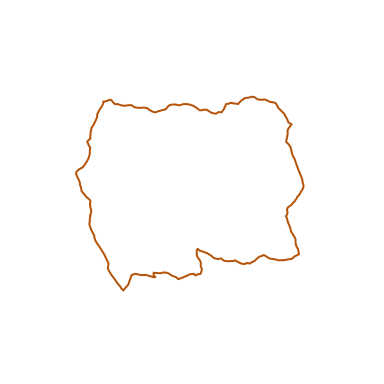 Toepisa, Thimphu, Bhutan, rotated 123°
{"feature_id": "84629894B31491158844122", "entity_name": "Toepisa", "entity_type": "district", "adm_level": 2, "iso_a3": "BTN", "parent_name": "Bhutan", "parent_adm1": "Thimphu", "projection": "equal_earth", "projection_center": [89.777, 27.525], "detail": "fine", "context": "isolated", "style": "outline", "palette": "amber", "viewbox_px": 384, "rotation_deg": 123, "n_neighbors": 0, "source": "geoboundaries", "source_scale": "gbopen_adm2", "svg_char_len": 4136}
<svg xmlns="http://www.w3.org/2000/svg" viewBox="0 0 384 384"><g transform="rotate(123 192 192)"><path d="M284.2,177.3L283.3,176.7L282.5,179.1L280.6,180.1L277.4,174.3L275.1,172.2L273.6,169.7L273.0,166.7L273.1,163.7L272.1,158.8L272.6,156.2L272.0,155.6L268.5,153.0L265.3,150.9L261.9,148.8L260.9,147.4L259.6,145.8L260.1,144.0L259.4,143.2L257.8,142.3L256.5,140.6L255.5,140.3L254.6,140.5L251.3,141.6L249.5,144.3L247.4,145.5L246.1,146.6L245.2,147.9L244.6,149.1L244.2,150.4L243.8,151.4L243.3,152.3L242.3,153.6L240.5,154.9L239.3,155.6L238.4,156.2L237.7,156.5L236.6,156.2L236.9,153.9L236.9,153.2L236.3,151.3L235.9,149.8L235.7,148.9L235.6,147.5L235.1,146.5L235.0,143.9L235.0,142.7L235.0,141.0L235.1,140.0L235.3,139.2L235.4,138.1L235.3,137.0L234.9,135.8L233.9,133.3L232.2,132.0L231.8,131.1L232.2,128.9L232.0,127.4L230.9,124.7L229.8,123.3L228.9,121.9L228.3,121.2L227.3,119.5L226.1,119.0L225.8,118.3L225.6,114.8L225.4,113.9L225.4,112.9L224.8,110.7L224.3,109.4L223.6,108.8L223.2,108.5L222.8,107.8L221.9,107.6L221.6,107.0L220.8,105.5L220.6,104.7L220.1,104.2L219.3,104.2L218.8,103.9L218.0,103.2L217.3,102.9L214.9,101.7L212.7,101.3L210.9,100.7L209.3,100.1L207.2,98.2L206.3,98.1L205.8,97.3L205.6,96.1L205.6,94.6L205.6,91.7L205.3,90.0L203.9,87.2L203.5,86.5L202.6,83.6L202.2,82.4L201.6,81.5L199.2,77.9L196.0,74.5L195.4,73.9L193.6,71.9L190.3,70.9L187.7,69.4L186.1,68.4L184.5,69.6L182.0,72.3L181.0,74.3L180.6,75.0L178.1,77.6L175.4,79.3L174.0,81.3L173.7,81.9L171.6,86.5L171.2,87.3L168.1,90.7L165.1,95.1L162.6,97.8L162.0,98.5L161.2,100.0L158.7,100.1L157.7,100.6L156.9,100.9L155.8,102.1L154.5,103.0L153.6,103.1L152.7,103.2L149.6,102.0L147.4,101.4L146.4,101.4L145.4,101.4L144.6,100.9L143.6,100.8L142.9,100.9L141.9,100.9L141.1,100.7L138.7,101.1L136.7,100.6L134.5,100.6L131.5,100.8L129.1,100.7L126.8,101.4L125.3,102.5L123.7,104.5L121.6,106.1L119.5,109.0L117.2,112.2L115.3,115.1L113.8,117.0L111.5,120.1L108.2,124.2L107.3,126.4L105.0,129.4L101.9,132.5L100.5,134.1L99.3,137.0L98.9,140.1L97.1,141.1L94.7,141.9L91.2,143.4L88.3,145.4L86.3,145.7L81.1,145.4L81.1,149.1L79.2,151.7L77.8,154.3L76.0,157.8L75.4,160.9L74.4,165.7L73.0,167.9L72.1,169.8L72.2,171.9L73.2,174.1L74.0,175.4L74.2,178.3L74.7,181.3L75.9,182.8L76.9,184.1L77.8,185.9L78.5,187.1L78.6,188.6L78.4,191.2L79.4,193.6L81.4,195.3L82.8,196.8L83.7,198.0L84.7,198.9L86.9,199.7L88.3,200.4L91.5,201.1L92.9,201.1L93.7,202.6L95.0,205.5L96.3,208.3L98.0,209.3L98.8,210.4L100.0,211.4L102.0,210.8L103.3,210.8L105.0,210.3L107.2,210.5L108.9,210.5L109.5,211.2L109.9,212.4L111.0,213.6L112.9,214.3L113.7,215.2L114.2,216.5L115.0,219.3L115.0,223.3L115.1,224.6L115.9,226.0L117.0,227.4L118.1,228.3L119.3,230.2L118.9,233.9L119.0,236.2L118.9,237.6L119.5,239.8L120.0,241.8L121.1,244.2L122.3,246.1L123.0,247.1L124.3,248.2L126.3,249.9L126.9,251.8L128.1,254.4L129.7,256.5L131.3,258.1L134.1,258.9L136.1,258.9L137.6,259.6L140.8,262.7L145.4,266.4L146.2,269.4L146.3,271.6L146.1,274.9L147.2,278.0L149.8,281.5L150.5,282.6L152.3,286.4L152.2,288.3L152.1,289.6L152.3,290.4L154.5,293.4L155.7,294.6L157.3,297.0L157.9,299.0L158.8,302.3L160.2,304.3L159.7,307.2L158.9,309.4L159.1,310.8L163.8,314.6L164.5,315.6L165.6,314.8L168.3,314.3L173.4,314.3L178.1,313.9L181.3,312.3L185.4,311.6L190.0,311.1L192.3,311.3L196.3,309.9L201.5,307.2L202.4,306.3L206.7,307.4L209.0,304.2L210.1,301.7L212.8,300.3L215.9,298.4L220.3,297.1L223.6,296.8L226.6,296.8L230.7,297.0L232.8,298.2L234.9,299.2L237.6,299.9L239.7,299.4L241.6,296.8L243.9,292.9L245.1,291.3L247.2,289.7L248.5,287.6L251.2,285.3L252.3,282.4L252.9,280.1L253.7,277.8L253.9,276.5L254.0,275.1L254.2,273.7L254.6,273.0L255.4,271.9L256.5,271.5L257.7,271.1L258.2,270.4L259.3,269.7L260.3,268.8L260.9,267.9L262.4,266.5L263.3,266.1L264.0,265.5L264.8,265.1L266.3,265.0L266.8,264.5L267.6,264.5L268.3,263.7L268.9,263.4L269.9,263.1L270.5,262.9L271.3,262.5L272.3,261.7L274.8,260.7L278.3,256.4L280.4,252.9L281.6,250.4L283.4,249.1L284.8,247.2L285.9,245.6L289.5,237.2L292.1,231.7L295.0,227.0L297.3,223.1L301.9,221.0L304.1,217.4L305.6,213.8L307.8,208.0L309.5,203.9L310.2,201.0L311.5,198.4L311.9,196.1L304.5,195.0L294.7,197.4L291.6,195.2L289.3,189.3L286.6,185.3L284.2,177.3Z" fill="none" stroke="#b45309" stroke-width="2"/></g></svg>